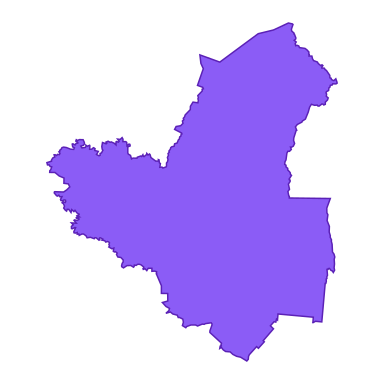 outline of Barossa, South Australia, Australia
{"feature_id": "25037944B31531764292735", "entity_name": "Barossa", "entity_type": "district", "adm_level": 2, "iso_a3": "AUS", "parent_name": "Australia", "parent_adm1": "South Australia", "projection": "albers", "projection_center": [138.893, -34.613], "detail": "fine", "context": "isolated", "style": "filled", "palette": "violet", "viewbox_px": 384, "rotation_deg": 0, "n_neighbors": 0, "source": "geoboundaries", "source_scale": "gbopen_adm2", "svg_char_len": 5924}
<svg xmlns="http://www.w3.org/2000/svg" viewBox="0 0 384 384"><path d="M246.8,361.0L248.3,359.3L248.5,356.5L249.3,354.7L256.6,346.6L258.4,348.3L264.3,341.8L263.2,340.7L273.5,328.8L270.4,325.8L274.1,321.7L275.8,322.1L276.5,319.1L277.5,320.0L278.0,314.0L313.3,317.2L312.9,322.5L312.4,323.0L315.5,321.3L321.8,321.9L325.2,283.4L325.8,283.4L326.3,281.6L326.2,279.0L326.9,278.5L326.8,276.8L327.5,275.3L327.0,269.4L328.1,269.4L328.2,268.6L329.4,268.4L331.1,270.5L332.3,270.9L333.3,272.5L334.6,270.2L334.1,267.8L334.5,264.0L334.2,259.3L334.8,257.0L334.0,254.1L332.5,252.0L332.1,244.2L331.3,241.1L331.5,239.9L330.2,237.2L330.3,235.7L329.2,232.0L329.4,226.4L327.1,220.6L327.9,214.7L326.9,212.8L326.8,208.1L330.3,198.5L289.3,198.0L289.3,196.3L288.8,195.9L287.9,191.5L289.5,189.3L288.4,184.1L290.1,181.5L290.1,180.1L289.4,179.9L289.1,179.1L291.5,175.4L290.4,174.3L290.3,172.9L289.4,171.6L287.8,170.0L287.7,168.3L286.0,166.9L286.0,165.2L284.7,164.4L285.0,161.7L286.0,159.9L286.9,153.2L287.8,151.3L289.5,151.3L291.3,149.5L290.5,147.1L291.5,147.2L293.3,146.2L294.6,143.5L293.6,140.5L293.8,137.9L296.2,130.3L296.7,130.2L295.4,126.9L297.3,124.5L301.9,122.1L302.4,121.0L305.4,119.1L308.2,112.2L309.6,107.2L311.4,104.3L314.5,105.3L317.2,105.1L317.9,106.0L319.1,106.1L321.9,104.0L323.1,104.2L323.8,105.0L325.3,104.3L325.3,102.2L327.5,100.0L328.2,97.9L326.3,96.3L326.6,94.1L326.0,92.9L326.4,91.7L328.6,90.5L328.9,87.9L329.9,87.2L330.3,85.3L332.2,85.0L332.7,83.8L336.0,83.9L337.1,83.2L337.0,82.2L335.8,78.8L334.0,80.5L333.3,80.5L331.5,79.5L331.1,78.2L329.9,77.8L329.8,75.4L326.4,70.4L325.1,69.6L324.4,68.2L321.8,68.0L321.8,67.1L322.9,65.6L322.0,64.8L320.8,65.6L318.3,63.6L317.4,62.0L313.6,60.6L312.5,58.8L311.9,56.1L309.0,56.0L309.3,54.4L308.8,54.1L308.9,52.0L306.9,49.8L305.0,48.4L299.5,47.6L298.7,45.9L297.0,45.3L295.7,45.7L295.2,43.6L296.2,42.0L294.2,40.3L295.7,39.0L295.9,38.0L294.4,34.1L293.9,33.9L294.0,33.1L291.7,31.0L291.4,29.2L293.0,24.5L292.4,23.9L288.4,23.0L273.4,30.0L258.2,33.7L219.8,62.1L199.9,54.9L200.9,63.4L203.3,68.7L197.5,85.4L202.7,87.3L203.4,88.8L202.1,89.3L202.3,90.9L197.8,95.6L198.4,97.7L197.9,98.9L198.4,100.1L197.9,102.8L193.0,102.1L190.4,106.3L190.3,109.6L185.2,114.9L184.5,117.0L183.3,118.3L183.8,119.7L182.4,121.0L183.0,123.3L180.7,125.7L176.1,126.5L174.6,129.4L181.6,133.0L181.9,133.9L181.2,134.1L180.8,136.2L179.7,136.9L179.3,139.1L178.4,139.8L177.1,143.0L174.6,143.8L174.1,146.3L171.9,146.7L170.7,147.7L170.4,149.1L168.9,151.1L169.3,152.1L168.0,153.6L168.5,155.1L167.4,157.5L168.0,159.7L167.4,161.9L166.5,163.0L166.5,166.0L166.1,166.9L162.9,168.0L162.0,167.1L159.8,167.3L160.4,163.5L159.4,162.9L159.0,159.8L158.4,159.6L158.7,161.1L155.7,161.1L150.9,157.5L150.1,154.7L149.5,154.0L148.0,155.0L146.8,153.4L146.5,154.6L144.0,156.6L143.4,156.3L142.9,154.7L141.6,156.5L140.7,156.0L137.3,157.2L137.0,158.2L133.0,158.1L131.5,158.9L130.5,155.4L128.3,154.1L127.8,152.9L127.8,146.9L130.1,146.0L130.1,145.0L129.7,144.2L128.9,144.1L127.0,145.8L126.7,142.4L125.8,141.6L122.9,141.6L123.0,139.2L122.1,137.6L120.2,139.4L117.6,139.1L119.2,141.2L118.3,142.2L116.6,141.5L116.0,141.9L116.0,144.9L114.3,143.3L111.2,141.9L110.1,142.3L108.1,141.2L106.0,142.1L106.8,143.1L106.1,143.8L102.5,142.5L101.8,146.5L102.2,149.2L102.9,150.2L101.5,152.9L100.1,153.5L100.1,155.3L99.0,155.8L96.5,154.5L98.3,151.4L94.8,150.5L94.6,150.0L95.1,148.8L94.2,148.0L93.4,147.7L91.7,149.2L89.6,149.3L89.9,145.9L89.6,145.3L87.4,146.2L85.9,145.2L86.0,146.3L85.4,147.4L81.9,147.9L80.8,146.1L83.4,145.3L84.5,143.9L84.3,142.3L83.1,139.7L79.3,139.6L77.7,140.5L76.3,139.7L75.8,141.1L77.8,142.4L77.8,143.1L76.0,143.5L75.1,144.9L72.9,143.8L72.2,144.1L72.7,146.9L74.4,147.8L73.7,149.4L70.7,149.2L66.3,147.5L63.6,147.1L62.0,147.6L60.9,149.5L59.7,150.3L59.8,151.3L58.9,151.8L60.0,153.2L59.4,154.6L57.5,154.4L56.6,155.5L55.1,154.7L54.1,154.8L54.8,157.0L52.7,158.0L51.4,160.3L51.5,161.2L46.9,162.6L47.5,164.9L49.2,164.9L50.1,166.5L51.7,166.8L50.8,169.6L49.8,170.7L49.7,172.4L55.0,172.5L59.2,176.0L64.0,178.0L63.9,183.3L68.3,183.9L69.8,186.9L66.7,189.9L63.6,192.0L55.0,191.7L54.5,191.8L54.2,192.9L56.6,195.8L57.6,196.1L58.8,195.2L59.9,196.8L62.0,196.6L60.5,199.4L60.9,200.5L62.4,200.8L64.1,199.9L65.5,200.2L65.7,201.7L65.2,202.5L63.4,201.8L62.1,202.8L63.4,203.7L64.5,206.1L63.7,208.1L65.4,210.3L66.6,211.1L67.2,209.3L68.8,209.4L71.0,212.5L71.7,209.6L73.9,211.6L75.0,210.3L77.0,213.0L79.1,214.1L79.1,214.7L77.2,215.5L79.2,216.8L76.9,216.9L76.2,217.7L76.4,218.2L78.8,218.4L78.9,219.4L77.1,220.4L74.5,219.9L74.0,220.3L76.3,223.2L71.4,222.9L73.2,224.8L71.4,226.4L71.5,228.6L72.3,228.8L74.8,227.5L75.6,227.6L73.8,231.8L74.0,232.8L75.3,233.1L77.2,232.5L77.2,234.2L78.8,234.0L79.2,235.4L82.0,234.0L83.7,234.1L86.1,235.9L87.1,237.8L90.5,237.3L94.2,238.7L94.9,237.7L96.2,237.8L99.0,240.2L99.8,239.7L99.3,239.0L99.7,237.9L100.4,237.8L102.8,239.1L101.9,240.1L104.7,240.7L105.8,242.1L107.4,241.5L108.7,241.9L109.5,242.9L108.9,244.4L109.5,245.9L108.8,247.0L111.9,248.8L113.8,248.1L113.3,251.3L114.5,252.0L115.5,251.7L117.2,253.1L116.5,254.5L117.8,257.0L120.9,257.5L123.2,260.0L123.1,262.1L122.2,263.3L121.6,265.6L121.7,266.7L123.5,267.9L127.0,265.6L130.8,265.5L133.5,267.2L134.1,266.6L134.3,265.1L136.1,265.4L137.5,264.4L139.1,264.2L141.0,264.8L143.7,267.0L143.8,267.8L143.0,268.6L143.3,269.4L145.1,268.8L146.8,270.6L148.2,268.3L151.9,268.3L151.9,271.3L154.6,271.1L156.6,271.7L156.3,273.7L156.7,273.8L156.6,274.4L161.4,285.7L161.4,293.4L167.7,293.5L167.8,301.0L162.4,302.5L166.0,306.5L169.5,308.4L168.9,310.6L165.9,313.3L170.4,312.0L172.8,314.0L177.3,315.2L178.2,317.5L179.6,317.5L182.8,319.1L183.4,322.2L182.4,325.6L185.8,327.7L186.7,326.5L190.9,325.0L195.6,325.0L197.6,326.0L202.3,324.1L204.2,324.3L205.5,323.6L211.2,322.8L211.9,323.7L212.0,324.9L209.9,330.9L209.9,332.5L221.5,343.2L221.0,345.0L221.3,345.7L220.2,346.1L219.8,348.4L221.3,347.4L223.3,349.9L225.6,351.5L230.2,351.9L232.9,354.4L236.6,356.3L240.6,357.2L246.8,361.0Z" fill="#8b5cf6" stroke="#5b21b6" stroke-width="1.5"/></svg>